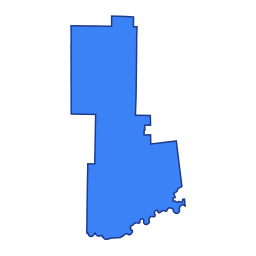 outline of Cervenia, Teleorman, Romania, rotated 271°
{"feature_id": "2599482B58778725619949", "entity_name": "Cervenia", "entity_type": "district", "adm_level": 2, "iso_a3": "ROU", "parent_name": "Romania", "parent_adm1": "Teleorman", "projection": "albers", "projection_center": [25.475, 43.834], "detail": "fine", "context": "isolated", "style": "filled", "palette": "blue", "viewbox_px": 256, "rotation_deg": 271, "n_neighbors": 0, "source": "geoboundaries", "source_scale": "gbopen_adm2", "svg_char_len": 5190}
<svg xmlns="http://www.w3.org/2000/svg" viewBox="0 0 256 256"><g transform="rotate(271 128 128)"><path d="M239.6,109.7L238.6,109.7L230.0,109.8L229.4,109.8L229.4,109.6L229.4,108.2L229.4,104.5L229.4,102.6L229.4,99.7L229.4,95.4L229.5,94.9L229.4,93.0L229.3,81.8L229.3,79.5L229.3,76.6L229.3,74.4L229.3,69.3L223.9,69.4L220.0,69.5L218.2,69.6L217.8,69.6L211.6,69.7L211.4,69.7L211.0,69.7L210.5,69.6L208.8,69.6L202.6,69.8L198.1,69.8L187.7,70.1L185.9,70.1L184.1,70.1L182.7,70.1L181.2,70.2L177.1,70.2L173.3,70.3L170.6,70.4L141.0,71.0L141.0,95.4L111.8,95.4L91.5,95.4L91.5,88.4L88.7,88.4L84.3,88.4L66.2,88.4L40.9,88.5L31.2,88.6L25.8,88.6L22.9,88.6L22.3,88.6L22.2,89.3L22.2,89.6L22.2,89.9L21.8,89.8L21.6,89.9L20.7,90.3L20.4,90.5L20.1,90.6L20.0,90.9L19.1,91.6L19.0,92.0L18.9,92.5L18.9,93.1L19.0,93.6L19.2,94.0L19.3,94.3L19.4,94.6L19.7,94.8L20.1,95.2L20.6,95.6L21.0,95.9L21.3,96.0L21.5,96.1L21.9,96.2L22.5,96.8L22.3,97.0L22.2,97.0L21.2,97.5L20.8,97.9L20.6,98.2L20.3,98.5L20.1,98.8L19.9,99.0L19.8,99.3L19.5,99.8L19.4,100.1L19.3,100.3L19.3,100.7L19.3,100.9L19.5,101.2L19.5,101.4L19.8,102.0L19.8,102.3L19.9,102.6L19.9,103.1L20.1,103.5L20.3,104.1L20.2,104.2L20.1,104.3L19.7,104.3L19.2,104.3L18.7,104.5L18.5,104.4L18.4,104.6L18.1,105.0L17.8,105.3L17.3,105.9L16.8,106.5L16.5,106.9L16.5,107.0L16.4,107.2L16.4,107.5L16.4,108.9L16.4,109.3L16.6,110.0L17.0,111.1L17.3,112.1L17.4,112.3L17.6,113.1L17.7,114.4L17.8,115.4L17.8,115.8L17.8,116.2L18.0,116.9L18.0,117.6L18.0,118.2L18.0,118.6L18.1,119.3L18.1,120.2L18.2,120.7L18.3,121.4L18.4,122.0L18.4,122.5L18.7,123.0L19.2,123.2L19.4,123.3L19.7,123.5L19.8,123.6L19.9,124.0L19.9,124.3L19.7,124.7L19.8,124.8L19.9,125.0L20.1,125.0L20.3,125.2L20.4,125.5L20.5,125.6L20.7,125.8L21.0,126.1L21.5,126.4L21.7,126.5L21.8,126.7L22.0,127.3L22.1,127.8L22.2,128.0L22.2,128.3L22.0,128.9L21.9,129.2L22.0,129.6L21.9,129.7L21.9,129.8L21.7,130.0L21.4,130.3L21.3,130.7L21.3,130.9L21.2,131.0L21.5,131.7L21.6,132.2L21.6,132.4L21.7,132.5L21.9,132.7L22.3,132.9L22.7,133.2L22.9,133.5L23.1,133.6L23.4,133.8L23.6,133.9L23.7,134.0L23.8,134.0L24.0,133.9L24.4,134.0L24.5,134.2L24.8,134.2L25.1,134.2L25.3,134.1L25.7,134.0L25.9,133.9L26.0,133.8L26.1,133.7L26.2,133.4L26.2,133.2L26.2,132.9L26.2,132.7L26.3,132.7L26.5,132.5L26.7,132.4L26.8,132.3L27.0,132.3L27.1,132.2L27.2,132.3L27.4,132.4L27.5,132.4L27.8,132.4L27.9,132.6L28.0,132.6L28.3,132.4L28.6,132.2L28.8,132.1L29.0,132.1L29.4,132.4L29.5,132.4L29.8,132.4L30.0,132.3L30.1,132.5L30.3,132.8L30.4,133.3L30.5,133.5L30.8,133.9L30.9,134.0L30.9,134.4L31.0,134.6L31.2,134.8L31.7,134.8L32.0,135.5L32.4,136.0L33.0,136.8L33.3,137.3L33.4,137.5L33.4,137.8L33.4,138.1L33.4,138.5L33.0,139.8L33.0,140.2L33.1,140.6L33.2,141.1L33.4,141.3L33.8,141.5L34.2,141.6L34.8,141.5L35.2,141.5L35.6,141.6L36.0,141.7L36.4,142.0L36.9,142.4L37.1,142.7L37.3,143.0L37.3,143.5L37.3,144.1L37.2,144.5L37.0,144.8L36.8,145.1L36.5,145.3L36.1,145.4L35.8,145.4L35.2,145.3L34.7,145.3L33.4,145.3L33.2,145.6L32.6,146.0L32.1,146.5L31.9,146.8L31.8,147.1L31.8,147.5L31.9,148.2L32.1,148.8L32.5,149.6L33.2,150.4L33.6,150.7L33.9,150.8L34.3,150.9L34.9,151.0L35.4,150.9L36.0,150.7L36.5,150.6L37.0,150.6L37.5,150.6L37.9,150.8L38.5,151.2L39.6,152.2L39.9,152.6L40.0,152.9L40.1,153.1L40.1,153.3L39.9,153.8L39.7,155.0L39.7,155.4L39.8,155.8L39.9,156.1L40.1,156.3L40.3,156.5L40.7,156.6L41.4,156.6L41.9,156.6L42.2,156.5L42.8,156.0L43.0,155.9L43.6,155.8L44.1,155.9L44.5,156.0L44.9,156.2L45.2,156.4L45.5,156.6L45.7,157.1L45.8,157.4L46.2,157.9L46.3,158.2L46.3,158.4L46.3,158.7L46.3,159.0L46.1,159.1L45.9,159.2L45.3,159.2L44.8,159.3L44.4,159.5L44.0,159.9L43.9,160.3L43.8,160.6L43.8,161.0L44.0,161.4L44.4,161.9L45.2,162.9L45.8,163.9L46.1,164.5L46.1,164.8L46.1,165.0L46.0,165.6L45.7,166.5L45.4,166.9L45.3,167.2L45.3,167.4L45.3,167.6L45.4,167.8L45.6,168.0L46.0,168.2L46.8,168.5L47.5,168.9L47.9,169.1L48.2,169.4L48.6,170.3L48.8,170.5L48.9,170.9L48.9,171.1L48.8,171.3L48.7,172.1L48.6,172.6L48.6,172.8L48.5,173.0L48.3,173.5L48.0,173.9L47.5,174.3L47.3,174.4L46.8,174.6L46.2,174.7L45.8,174.8L45.5,174.9L44.8,175.5L44.4,175.9L44.0,176.4L43.7,176.9L43.6,177.4L43.5,177.9L43.4,178.6L43.5,178.9L43.6,179.2L43.9,179.6L44.3,180.1L44.8,180.4L45.3,180.8L45.8,180.9L46.3,181.0L46.8,180.9L47.2,180.8L48.0,180.8L48.7,180.8L49.2,180.8L49.7,181.0L50.2,181.2L50.8,181.7L51.4,182.4L51.8,182.9L52.0,183.4L52.2,183.8L52.2,184.2L52.1,184.6L52.0,184.9L51.9,185.1L51.3,185.8L51.1,186.1L51.0,186.4L51.2,186.6L51.8,186.7L52.1,186.5L52.5,186.2L53.6,186.0L54.3,186.0L55.4,186.1L56.4,185.8L56.9,185.8L57.3,185.7L57.6,185.6L57.9,185.7L57.8,184.8L57.7,184.3L57.7,184.1L55.6,183.6L55.4,183.6L55.1,183.2L54.9,182.7L54.9,182.1L54.9,181.8L54.9,181.6L55.2,181.2L55.3,180.8L55.4,180.4L55.4,180.2L55.0,179.6L54.9,179.4L54.9,179.1L54.9,178.8L54.7,178.5L54.7,178.2L54.7,177.9L54.7,177.7L54.8,177.4L54.9,177.2L55.1,177.0L55.4,176.8L55.6,176.7L55.8,176.0L55.8,175.3L55.7,174.5L58.7,174.2L59.3,176.4L62.9,175.2L63.4,175.0L65.4,177.9L65.7,178.2L67.4,178.7L68.3,179.0L69.2,180.6L70.4,182.9L115.9,176.5L112.4,151.0L121.6,150.7L121.3,144.2L126.3,144.2L126.3,144.9L131.2,144.8L131.2,150.5L140.9,150.1L140.9,135.2L160.0,135.5L200.1,135.3L219.2,135.1L229.4,135.2L229.3,131.7L239.1,131.6L239.5,122.1L239.6,109.7Z" fill="#3b82f6" stroke="#1e3a8a" stroke-width="1.5"/></g></svg>